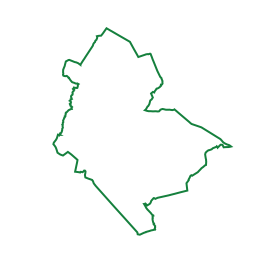 the district of Chucándiro, Michoacán, Mexico, rotated 135°
{"feature_id": "50627088B8193308605662", "entity_name": "Chucándiro", "entity_type": "district", "adm_level": 2, "iso_a3": "MEX", "parent_name": "Mexico", "parent_adm1": "Michoacán", "projection": "equal_earth", "projection_center": [-101.355, 19.895], "detail": "fine", "context": "isolated", "style": "outline", "palette": "green", "viewbox_px": 256, "rotation_deg": 135, "n_neighbors": 0, "source": "geoboundaries", "source_scale": "gbopen_adm2", "svg_char_len": 5373}
<svg xmlns="http://www.w3.org/2000/svg" viewBox="0 0 256 256"><g transform="rotate(135 128 128)"><path d="M192.2,169.3L192.4,167.3L192.8,165.4L193.6,163.6L194.8,161.3L195.3,160.4L194.7,157.3L194.2,156.1L193.4,154.5L187.4,153.6L186.8,149.3L186.3,141.7L186.3,141.1L188.3,139.7L196.3,134.5L194.3,131.9L193.3,130.4L192.6,130.6L192.0,129.9L191.4,128.9L190.6,128.8L189.1,128.9L188.6,128.3L188.7,127.4L190.0,126.3L191.7,125.2L193.1,123.2L191.9,120.4L190.6,117.7L190.1,116.6L190.3,115.7L190.3,115.3L191.4,113.0L191.8,109.7L193.4,81.8L194.1,67.9L195.2,47.6L196.3,46.0L195.1,44.2L193.0,43.4L192.9,43.4L190.5,42.5L190.4,42.4L189.8,42.1L189.1,41.9L189.0,41.7L188.7,41.7L187.6,41.1L186.4,40.4L185.1,39.7L184.0,39.2L183.9,39.1L182.7,38.3L181.9,37.8L181.5,37.6L181.4,37.7L180.9,37.3L180.8,37.0L180.6,37.0L180.3,37.8L179.8,38.1L179.3,38.3L179.2,38.4L179.2,38.6L178.3,39.3L178.2,39.4L178.3,39.6L178.0,40.4L177.9,40.8L177.9,41.0L178.0,41.7L177.9,41.8L177.7,41.9L177.5,42.0L177.1,42.1L177.1,42.4L177.2,42.7L177.2,43.0L176.7,43.8L176.5,44.2L175.8,45.3L175.7,45.4L175.5,45.7L175.1,46.2L175.0,46.3L174.9,46.4L174.8,46.5L174.7,46.6L174.4,46.6L174.1,46.8L174.1,47.0L173.5,47.8L173.4,47.9L173.0,48.1L172.8,48.2L172.7,48.2L172.3,48.1L172.1,48.0L171.9,48.3L172.0,48.6L172.4,48.7L172.3,49.5L172.1,51.0L172.0,51.5L171.9,55.1L171.9,56.6L171.8,57.3L171.7,57.8L171.7,58.3L171.2,59.9L170.8,61.2L170.8,61.3L170.4,62.8L170.3,62.7L169.8,62.5L169.3,62.4L169.1,62.3L169.2,59.8L169.2,59.7L167.6,59.3L166.4,59.0L165.9,59.0L165.2,59.1L164.4,59.4L164.1,59.5L163.6,59.8L163.2,60.0L162.4,60.1L161.0,60.2L160.4,60.2L159.6,60.3L159.5,60.1L159.1,59.9L158.8,58.6L156.4,57.7L147.0,51.7L144.6,50.3L141.6,48.5L136.1,45.3L130.3,41.8L128.8,43.7L127.7,45.1L125.7,47.6L121.9,48.2L121.6,48.7L120.1,49.1L117.6,50.0L116.6,49.8L116.4,48.9L111.6,47.8L109.9,47.4L107.9,47.5L106.2,47.5L104.4,47.6L102.6,47.3L99.8,47.1L99.0,46.7L97.5,48.0L96.3,49.1L95.7,49.9L95.1,50.5L94.6,51.4L93.3,53.2L92.1,54.8L90.7,55.6L89.3,55.7L86.9,55.4L86.1,54.8L84.8,54.2L84.0,53.8L82.3,53.7L78.8,52.2L78.2,52.3L78.2,51.4L78.5,50.7L76.8,50.7L74.4,50.7L73.6,49.9L73.1,49.3L74.0,46.7L72.9,45.8L71.8,44.8L70.7,43.7L69.2,42.6L68.2,42.0L68.4,43.5L68.7,44.6L69.6,46.3L69.9,47.1L70.5,48.9L70.8,50.7L70.6,52.9L70.5,54.8L71.0,56.9L71.2,57.7L73.3,66.7L75.6,76.4L75.7,76.7L80.2,85.9L80.4,87.5L80.4,88.4L81.5,101.8L81.9,107.2L82.0,107.8L82.0,108.3L82.6,108.4L84.0,109.3L85.8,111.7L87.5,113.3L88.4,114.3L89.3,115.8L90.1,117.0L90.6,117.3L92.1,118.0L94.1,117.8L95.0,118.4L95.4,118.8L96.6,120.3L98.7,122.2L99.3,123.0L99.6,123.3L101.6,125.4L102.5,126.8L103.4,128.6L102.3,128.5L99.9,129.1L99.0,129.4L98.2,129.2L96.0,129.8L94.0,131.0L92.8,131.7L91.1,131.5L89.7,131.8L88.9,132.0L87.3,136.1L85.1,135.9L84.9,135.9L84.4,134.8L84.3,134.6L84.0,134.8L83.0,135.1L82.8,135.1L82.1,135.2L81.3,135.3L80.6,135.5L80.3,135.6L79.9,135.6L79.7,135.3L78.9,135.0L77.8,134.7L76.7,134.5L76.0,134.5L75.8,134.6L75.6,134.5L74.9,134.5L74.8,134.8L74.3,135.2L74.2,134.9L73.8,134.9L73.4,134.9L73.2,134.8L72.6,134.9L72.2,135.0L70.9,136.5L70.5,136.7L70.3,137.1L69.8,138.3L69.6,138.8L69.4,139.1L69.3,139.5L69.1,139.6L69.0,140.2L69.1,141.2L68.9,141.8L66.9,147.6L63.7,155.1L62.9,157.0L62.1,159.0L60.9,161.5L60.2,163.2L59.7,164.2L59.9,164.7L59.9,165.0L60.4,165.2L60.6,165.3L60.9,165.5L61.4,165.7L61.5,165.8L61.7,166.2L62.0,166.5L62.7,167.0L63.1,167.3L63.8,167.6L70.5,170.9L69.7,173.6L68.1,179.4L67.2,182.5L65.7,187.6L72.7,213.7L79.1,212.6L81.7,212.3L83.3,213.7L84.0,214.2L85.1,214.9L85.2,214.7L85.9,213.6L86.9,213.1L87.3,213.0L87.9,212.7L89.2,212.8L89.7,212.7L90.0,212.4L90.6,212.1L91.6,212.2L93.1,211.9L94.2,211.3L94.9,211.0L108.0,208.3L109.7,207.9L110.2,207.8L111.4,207.6L113.3,207.2L115.1,206.8L116.9,206.4L117.0,206.3L117.4,209.0L118.2,211.0L118.8,211.9L119.1,212.4L120.1,214.8L120.8,216.4L121.3,217.6L122.1,218.2L123.0,218.4L123.3,218.5L124.5,218.9L124.9,219.0L128.0,217.2L128.9,216.6L130.9,215.8L132.7,215.0L134.6,213.2L135.2,212.3L135.5,212.0L135.9,211.8L136.2,211.7L136.3,211.6L136.6,211.0L136.7,210.8L136.4,210.0L136.3,209.8L135.5,208.8L134.5,208.2L134.4,207.6L134.4,206.5L134.2,205.3L134.5,205.1L134.4,205.0L134.6,203.9L134.9,202.5L135.1,200.0L134.8,199.3L133.9,197.6L133.7,196.7L133.1,195.9L132.3,195.3L132.0,194.1L132.7,194.2L134.0,193.0L135.5,192.2L136.3,192.9L137.7,194.9L138.6,194.4L139.3,194.5L139.4,193.7L138.9,193.4L139.0,193.0L139.8,193.1L140.1,192.7L140.7,192.5L141.1,192.6L141.7,192.6L142.4,192.2L142.9,191.3L143.7,190.8L144.8,191.0L145.6,190.8L146.3,190.3L146.3,190.2L146.6,189.5L146.7,189.2L147.1,188.7L147.2,188.3L148.3,188.9L148.9,188.3L149.9,188.4L149.7,187.7L149.9,187.2L150.0,186.6L150.7,186.3L150.8,186.1L151.9,186.2L152.0,185.5L152.4,185.6L153.0,184.2L152.7,183.6L152.7,182.4L153.6,182.4L154.2,181.3L154.5,181.6L155.0,181.7L156.0,182.1L157.4,182.6L160.6,182.5L161.0,182.8L161.5,182.6L162.0,182.2L162.1,181.9L163.1,181.4L163.7,180.8L164.1,180.5L164.4,180.5L164.5,180.5L164.7,180.8L165.4,180.2L165.9,180.3L167.5,179.5L168.6,179.2L169.6,177.9L170.2,177.9L170.9,177.3L171.3,176.9L171.5,176.7L172.1,176.8L172.5,175.8L173.1,175.4L173.8,174.3L175.2,173.9L176.0,173.0L176.8,172.7L177.2,172.3L178.6,171.8L179.7,172.2L179.9,171.8L180.8,171.9L181.2,172.0L181.0,171.3L181.2,171.5L181.5,171.6L181.8,171.5L181.8,171.9L182.2,172.1L182.2,172.5L182.3,172.8L182.9,172.5L183.0,172.4L185.7,171.0L186.8,170.7L187.7,170.5L190.8,170.1L192.2,169.3Z" fill="none" stroke="#15803d" stroke-width="2"/></g></svg>